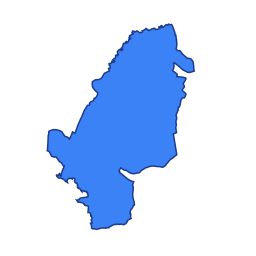 Branesti, Dâmbovita, Romania (Equal Earth projection), rotated 70°
{"feature_id": "2599482B82394279234380", "entity_name": "Branesti", "entity_type": "district", "adm_level": 2, "iso_a3": "ROU", "parent_name": "Romania", "parent_adm1": "Dâmbovita", "projection": "equal_earth", "projection_center": [25.411, 45.045], "detail": "fine", "context": "isolated", "style": "filled", "palette": "blue", "viewbox_px": 256, "rotation_deg": 70, "n_neighbors": 0, "source": "geoboundaries", "source_scale": "gbopen_adm2", "svg_char_len": 5794}
<svg xmlns="http://www.w3.org/2000/svg" viewBox="0 0 256 256"><g transform="rotate(70 128 128)"><path d="M210.5,155.0L209.6,155.0L209.2,155.4L208.9,154.9L208.5,155.0L208.2,154.7L207.7,154.7L207.3,154.3L206.2,153.6L205.7,153.1L205.4,152.6L205.3,152.2L204.3,150.9L203.8,150.3L203.0,150.1L202.9,149.9L202.7,148.6L202.2,148.1L199.2,147.5L195.7,147.3L191.6,146.2L187.5,144.1L185.5,143.3L183.3,143.3L181.7,142.1L180.5,141.0L179.2,142.7L177.9,144.1L175.6,145.9L168.4,150.1L167.1,151.1L166.4,150.7L165.0,151.0L163.0,148.4L166.5,145.8L167.4,144.0L170.9,141.5L172.4,139.4L173.2,137.3L173.4,134.8L173.9,132.8L173.8,132.3L172.8,130.7L172.3,129.4L171.9,126.7L171.4,125.4L171.6,123.7L171.6,120.4L171.9,118.6L172.8,116.4L174.6,112.9L175.0,111.6L176.5,109.3L176.8,108.4L176.1,105.7L174.8,103.9L174.2,102.5L173.0,100.8L171.9,98.4L171.7,96.7L170.8,94.5L169.8,91.3L149.1,87.4L148.9,84.0L143.7,82.9L141.9,81.6L138.0,80.7L136.0,79.1L134.3,78.6L132.4,78.5L128.1,74.6L127.0,74.3L125.7,73.5L125.9,72.6L124.5,71.4L120.2,68.9L118.4,66.9L118.9,64.7L117.2,62.9L116.3,62.1L115.1,62.0L111.3,64.2L110.6,63.9L108.7,61.0L108.1,60.7L105.4,61.0L104.8,60.7L104.1,59.5L101.8,56.9L101.2,56.6L100.6,56.7L99.0,59.2L96.3,64.6L94.6,63.4L93.8,63.6L89.3,66.4L87.4,64.7L85.6,63.5L82.6,63.0L82.8,62.0L87.9,58.8L91.9,56.7L96.1,52.9L96.9,51.2L97.2,46.3L94.6,45.9L92.6,45.2L88.7,44.3L87.0,44.4L85.9,44.7L84.7,45.2L84.0,46.0L82.7,48.3L82.1,48.8L77.5,51.3L73.1,52.8L72.9,53.0L72.7,54.4L70.4,55.8L66.7,53.7L61.9,52.3L59.5,51.9L57.2,51.3L57.1,51.9L54.2,51.3L52.8,51.3L48.3,51.3L45.8,51.6L45.6,51.7L45.6,52.7L45.2,53.3L44.3,54.2L44.4,54.7L44.9,55.5L44.8,55.9L44.0,56.5L44.0,56.8L44.1,57.4L45.1,59.7L45.3,60.3L45.2,60.8L44.8,61.3L43.4,61.1L43.2,61.4L43.2,61.7L43.3,62.1L43.5,62.4L44.7,62.6L45.0,62.8L45.0,63.0L44.4,63.5L43.5,64.0L43.5,64.4L44.0,64.6L44.7,64.6L45.2,64.9L45.6,65.7L45.5,66.3L45.1,67.5L44.7,67.9L45.0,68.5L44.9,68.7L43.4,68.9L43.1,70.1L43.0,71.8L43.2,72.3L43.7,74.3L43.1,74.8L43.2,75.4L42.1,76.1L41.5,76.3L40.6,77.0L41.0,77.6L41.8,80.8L41.7,81.0L41.4,81.2L41.4,81.4L42.5,81.5L42.9,82.4L42.9,83.0L42.4,83.5L42.2,84.9L40.8,85.4L39.8,86.3L40.1,87.8L40.1,88.6L39.1,89.3L38.6,90.1L38.6,90.5L39.7,91.7L40.1,91.6L40.5,90.8L41.1,90.8L41.6,91.2L41.8,91.7L41.4,93.0L41.8,93.9L41.8,94.9L42.7,95.3L43.6,96.3L43.9,96.2L44.1,95.4L44.4,95.0L44.6,94.9L45.1,94.9L45.2,95.5L45.1,96.5L45.4,97.3L46.1,97.4L46.7,97.8L47.3,99.0L47.6,99.2L47.7,99.6L47.4,99.9L46.4,99.6L46.1,99.8L46.3,100.6L47.6,101.6L47.6,101.8L46.9,102.6L46.9,102.8L47.6,104.0L49.3,104.7L49.6,105.4L50.3,105.7L50.7,107.0L50.9,107.0L52.2,106.0L52.4,106.1L52.2,106.7L52.2,106.9L52.7,106.8L53.0,107.1L53.0,107.6L52.8,108.0L51.6,108.2L51.3,108.4L51.7,109.1L51.5,109.9L51.9,110.3L52.2,111.5L52.8,111.9L54.3,112.3L54.6,112.3L55.4,111.9L55.6,111.9L55.7,112.5L55.9,112.7L56.5,112.9L56.4,113.3L55.6,113.5L55.4,114.0L55.4,114.6L55.7,114.9L56.1,114.9L58.1,115.9L58.4,116.5L57.9,116.9L58.7,119.0L59.7,118.5L60.1,117.9L60.8,117.7L61.2,117.8L61.3,118.3L61.3,119.4L60.2,119.9L59.8,120.3L61.0,121.2L61.5,122.5L61.0,123.3L61.1,123.9L62.6,124.2L63.3,123.6L64.2,123.8L64.7,123.8L65.6,124.2L65.3,125.9L67.9,125.9L68.6,131.6L71.6,135.1L72.4,137.1L72.4,139.3L71.8,141.1L71.6,142.3L71.9,144.0L72.6,145.9L73.5,146.0L73.7,146.3L75.2,146.8L77.1,147.2L78.5,147.1L81.3,146.2L84.7,144.5L85.3,144.6L85.9,145.0L87.8,146.8L88.7,148.6L88.5,149.6L88.7,149.9L89.9,150.4L90.7,152.0L90.8,152.9L90.5,153.5L91.4,155.6L91.7,155.8L93.0,156.0L93.3,156.4L92.8,158.2L96.6,163.1L102.5,168.5L103.8,170.0L104.3,170.3L107.1,173.1L114.8,179.6L112.7,181.5L115.7,183.9L118.3,186.8L116.7,187.4L115.5,188.5L114.3,190.0L111.3,191.0L109.4,191.2L107.6,192.5L105.2,195.8L104.5,197.2L104.0,198.7L103.9,203.2L105.1,204.1L106.6,204.4L107.2,205.2L109.1,206.1L115.0,208.5L119.2,210.4L121.0,211.0L121.2,211.5L121.7,211.7L122.7,210.6L123.6,210.0L128.4,209.5L130.3,207.0L130.4,205.8L130.6,205.5L133.9,204.4L134.8,204.5L136.6,203.6L137.4,202.9L138.6,202.2L141.4,201.8L141.7,201.4L141.8,200.9L143.7,202.3L144.1,202.7L144.1,203.0L148.5,206.5L149.7,206.9L150.3,207.3L149.9,207.9L147.4,207.9L147.6,208.6L148.9,209.6L147.8,210.8L148.2,211.1L148.1,211.4L148.8,211.5L150.9,210.6L151.4,210.1L151.7,209.6L151.9,208.5L153.7,206.7L155.3,205.4L156.6,205.1L158.6,203.5L156.6,203.4L155.0,201.3L155.8,199.7L155.5,199.1L155.6,198.7L157.0,197.8L157.0,197.7L156.4,197.4L156.2,197.1L156.4,196.3L157.0,195.3L158.7,195.6L159.2,196.3L159.7,196.5L160.6,196.4L161.9,195.9L162.4,194.7L164.4,195.1L164.6,194.9L165.0,195.2L165.7,195.3L166.3,195.8L166.7,195.8L168.1,194.8L167.8,194.5L169.0,193.9L169.8,193.5L170.2,193.7L170.7,193.5L170.9,193.6L172.0,193.1L171.0,192.9L171.7,191.7L172.6,190.8L172.4,190.6L172.7,190.1L173.5,188.9L174.0,189.1L174.5,188.5L174.5,188.2L174.9,188.1L175.9,188.6L176.1,188.3L176.9,188.4L178.8,189.1L178.9,189.6L178.6,190.4L178.7,190.9L178.5,192.5L178.1,193.4L178.0,193.8L178.2,194.3L177.6,196.1L177.7,197.1L178.0,198.0L178.4,198.3L178.5,198.6L178.4,200.1L178.6,200.5L178.3,200.9L180.6,200.3L180.8,200.2L181.4,198.4L181.7,198.1L182.2,197.1L183.0,196.0L183.7,195.6L184.6,195.4L184.7,195.0L185.6,195.1L186.6,194.1L187.1,192.9L187.2,192.4L188.5,192.1L193.7,194.5L193.9,193.9L195.3,192.3L197.9,193.1L197.9,192.4L201.3,192.9L201.8,193.8L201.9,194.1L205.0,194.1L204.6,195.8L206.5,195.7L210.1,196.3L210.5,195.9L211.0,194.9L210.9,194.1L211.9,193.2L212.5,192.1L212.6,191.0L212.5,190.5L212.8,189.7L212.8,187.6L213.1,186.4L213.7,185.1L213.8,184.4L214.6,183.0L214.6,181.6L214.9,180.5L215.2,180.2L214.6,179.3L214.5,178.9L214.3,176.6L213.9,175.4L214.1,174.3L214.0,173.8L214.1,173.0L214.6,172.3L214.7,171.6L214.5,171.3L214.6,170.9L215.7,169.1L215.8,168.8L215.6,168.1L216.1,167.5L216.2,167.0L216.5,166.4L217.3,165.3L217.4,164.2L216.7,161.9L215.1,160.1L214.4,159.2L214.1,156.0L213.5,156.1L212.1,155.9L210.5,155.0Z" fill="#3b82f6" stroke="#1e3a8a" stroke-width="1.5"/></g></svg>